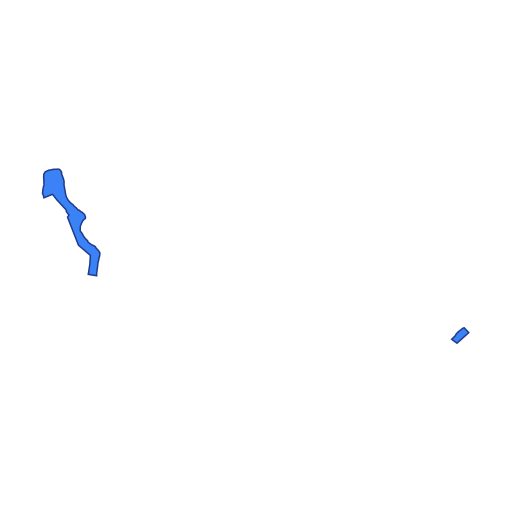 Ha`ano, Tonga, rotated 186°
{"feature_id": "48082658B34496181007538", "entity_name": "Ha`ano", "entity_type": "district", "adm_level": 2, "iso_a3": "TON", "parent_name": "Tonga", "parent_adm1": "", "projection": "mercator", "projection_center": [-174.291, -19.666], "detail": "fine", "context": "isolated", "style": "filled", "palette": "blue", "viewbox_px": 512, "rotation_deg": 186, "n_neighbors": 0, "source": "geoboundaries", "source_scale": "gbopen_adm2", "svg_char_len": 3134}
<svg xmlns="http://www.w3.org/2000/svg" viewBox="0 0 512 512"><g transform="rotate(186 256 256)"><path d="M464.8,296.1L459.3,290.4L459.2,290.4L449.4,281.8L449.3,280.4L446.3,277.1L447.5,274.9L433.7,248.2L424.7,242.0L420.8,239.3L420.4,230.3L420.9,220.2L412.4,219.7L412.5,220.7L412.7,221.2L412.6,221.9L412.6,225.3L412.5,228.0L412.4,229.5L412.5,230.6L412.5,231.0L412.5,231.4L412.5,231.7L412.5,232.0L412.5,232.4L412.4,232.8L412.4,233.4L412.4,233.7L412.3,233.9L412.3,234.2L412.2,234.5L412.1,234.8L412.1,235.2L412.1,235.6L412.0,236.0L411.9,236.8L411.9,237.3L411.9,237.8L411.8,238.2L411.7,238.6L411.7,239.0L411.6,239.3L411.5,239.6L411.5,240.3L411.5,240.8L411.5,241.3L411.5,242.1L411.6,242.8L411.9,243.3L412.3,243.8L412.7,244.3L413.1,244.5L413.4,245.1L415.7,247.0L416.9,248.6L418.2,249.2L420.9,250.1L423.3,251.5L424.9,252.7L425.1,253.7L426.3,254.5L427.1,255.2L428.2,256.1L428.8,256.9L429.6,257.8L430.0,258.2L430.5,259.2L431.4,260.4L432.1,261.2L433.2,262.2L433.5,262.8L433.6,263.9L433.8,267.2L433.2,269.5L432.5,271.6L431.5,273.7L429.7,275.4L429.6,276.9L430.7,279.0L431.4,279.8L432.3,280.4L433.2,281.1L433.8,281.5L434.6,281.7L435.2,281.9L435.5,282.3L436.0,282.7L436.5,283.0L436.9,283.2L437.6,283.1L439.1,284.4L439.8,285.1L441.1,285.9L442.1,286.6L443.6,288.1L445.3,289.0L446.7,290.1L447.6,290.9L448.1,291.3L449.7,293.3L450.3,294.1L450.8,295.2L451.4,296.4L451.7,297.0L451.7,297.6L452.1,298.4L452.5,299.9L452.7,301.0L453.1,302.0L453.3,302.7L453.6,304.0L454.0,305.1L454.2,306.0L454.4,306.6L454.4,307.4L454.5,308.1L454.5,308.5L454.6,308.8L454.6,309.1L454.6,309.4L454.6,309.7L454.7,310.1L454.8,310.5L454.9,310.8L455.1,311.2L455.2,311.8L455.4,312.1L455.5,312.4L455.7,312.7L455.8,313.3L456.1,313.5L456.4,314.2L456.5,314.6L456.7,314.9L456.8,315.1L457.0,315.4L457.1,315.7L457.3,316.0L457.4,316.4L457.6,316.8L457.8,317.1L457.9,317.4L458.0,317.7L458.0,318.1L457.9,318.3L458.1,318.7L458.2,319.0L458.3,319.3L458.5,319.7L458.7,319.9L459.0,320.2L459.3,320.5L459.5,320.8L459.7,321.0L460.0,321.2L460.3,321.4L460.5,321.5L460.9,321.7L461.3,321.7L461.6,321.7L461.9,321.7L462.2,321.7L462.4,321.6L462.7,321.5L463.0,321.5L463.7,321.4L463.9,321.3L464.3,321.2L464.8,321.3L465.1,321.3L465.6,321.2L466.1,321.1L466.5,320.9L467.0,320.9L468.0,320.6L468.5,320.3L469.1,320.1L469.5,320.0L470.1,319.9L470.6,319.9L471.0,319.7L471.4,319.5L471.9,319.1L472.5,318.9L472.9,318.6L473.3,318.3L473.7,318.0L474.3,317.8L474.6,317.5L474.8,317.0L475.1,316.1L475.3,315.8L475.6,315.2L475.6,314.6L475.4,314.0L475.5,313.5L475.5,312.9L475.4,312.1L475.3,311.4L475.1,310.8L475.0,310.2L475.0,309.8L475.0,309.4L474.9,308.9L474.8,308.5L474.7,308.0L474.6,306.4L474.4,305.7L474.2,305.1L474.3,304.5L474.4,303.7L474.6,303.0L474.7,302.4L474.7,301.8L474.7,301.2L474.8,300.3L474.9,299.9L474.9,299.2L474.8,298.5L474.9,298.0L474.7,297.6L474.9,296.5L474.8,295.7L474.5,295.3L474.2,294.8L473.6,293.7L473.5,293.4L473.4,293.1L473.4,292.8L473.4,292.4L473.2,292.2L473.1,291.9L473.0,291.7L464.8,296.1ZM40.0,198.0L37.4,200.9L36.4,202.1L41.5,206.4L43.1,205.5L44.5,204.0L46.2,202.5L47.6,200.9L48.7,199.4L49.7,197.2L51.4,195.2L52.7,193.6L47.0,190.3L40.0,198.0Z" fill="#3b82f6" stroke="#1e3a8a" stroke-width="1.5"/></g></svg>